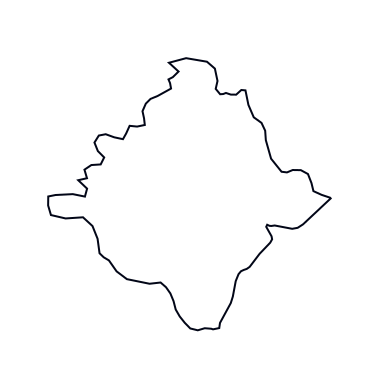 an SVG outline of Varna, rotated 25°
{"feature_id": "BGR-2260", "entity_name": "Varna", "entity_type": "Province", "adm_level": 1, "iso_a3": "BGR", "parent_name": "Bulgaria", "parent_adm1": "", "projection": "equal_earth", "projection_center": [27.58, 43.197], "detail": "fine", "context": "isolated", "style": "outline", "palette": "ink", "viewbox_px": 384, "rotation_deg": 25, "n_neighbors": 0, "source": "natural_earth", "source_scale": "10m", "svg_char_len": 1412}
<svg xmlns="http://www.w3.org/2000/svg" viewBox="0 0 384 384"><g transform="rotate(25 192 192)"><path d="M320.4,139.2L306.3,174.4L302.9,179.8L298.4,183.0L281.1,187.4L278.2,189.3L276.5,189.9L274.0,189.9L274.0,192.2L282.8,198.5L284.6,201.0L284.3,204.9L279.4,219.4L275.9,235.5L274.1,238.6L271.9,240.7L269.9,243.1L268.9,246.8L269.3,254.3L273.2,269.5L274.1,276.3L272.7,298.8L274.2,303.8L269.1,307.6L267.2,307.8L261.1,310.1L255.7,314.9L248.1,316.4L240.7,313.6L233.5,310.0L226.9,305.4L221.4,298.7L215.3,293.1L208.7,289.3L201.8,287.3L192.3,293.1L169.8,298.5L157.2,295.8L145.6,289.1L139.6,288.5L134.1,286.6L126.2,274.3L116.2,264.9L103.9,261.0L88.6,269.4L73.9,272.5L67.3,265.0L63.6,256.8L69.6,252.4L84.9,244.3L96.9,241.4L95.5,233.3L83.9,229.4L91.0,223.9L85.1,217.2L89.4,210.1L97.6,205.6L97.8,197.8L89.4,194.7L82.7,188.4L83.7,180.2L89.4,176.1L98.4,175.3L107.1,173.3L107.6,166.8L107.5,158.4L114.6,155.9L120.9,151.2L117.4,145.5L113.0,139.7L112.8,131.4L115.1,125.1L120.2,119.6L129.3,107.1L126.1,102.6L123.1,99.9L126.1,96.0L128.9,88.5L116.5,84.6L130.1,73.2L150.5,67.6L160.6,70.5L168.2,80.6L169.9,88.5L176.2,91.5L178.9,90.0L180.9,87.9L186.0,87.3L190.9,85.1L193.6,78.7L197.5,77.3L206.3,89.2L216.4,98.2L225.8,100.0L232.4,105.5L237.0,113.8L249.6,128.4L264.6,135.8L269.8,134.1L274.0,129.5L281.4,126.2L289.5,126.7L296.5,133.4L301.7,139.9L310.7,139.8L319.6,138.8L320.4,139.2Z" fill="none" stroke="#020617" stroke-width="2"/></g></svg>